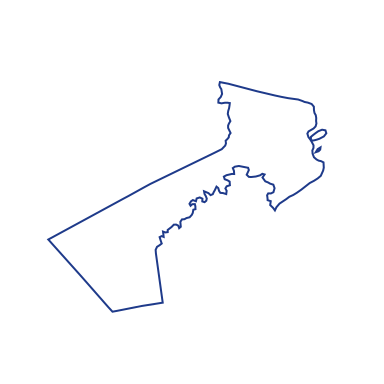 São Caetano de Odivelas, Pará, Brazil, rotated 60°
{"feature_id": "56859067B48440090110628", "entity_name": "São Caetano de Odivelas", "entity_type": "district", "adm_level": 2, "iso_a3": "BRA", "parent_name": "Brazil", "parent_adm1": "Pará", "projection": "albers", "projection_center": [-48.02, -0.863], "detail": "fine", "context": "isolated", "style": "outline", "palette": "blue", "viewbox_px": 384, "rotation_deg": 60, "n_neighbors": 0, "source": "geoboundaries", "source_scale": "gbopen_adm2", "svg_char_len": 2605}
<svg xmlns="http://www.w3.org/2000/svg" viewBox="0 0 384 384"><g transform="rotate(60 192 192)"><path d="M255.9,320.7L257.4,316.5L265.5,292.7L270.1,280.8L273.2,272.7L227.0,253.9L223.9,252.4L222.0,249.7L221.9,247.0L221.5,244.0L218.4,243.4L214.9,242.6L215.0,240.4L216.7,239.0L214.0,237.8L211.8,236.9L213.7,235.3L214.6,233.1L212.7,232.0L212.1,227.3L211.2,224.1L212.3,222.0L214.3,220.7L216.9,221.2L216.5,219.1L212.0,217.0L210.7,214.4L211.8,212.1L211.8,209.8L212.7,206.7L211.7,203.6L210.5,201.8L208.0,199.7L208.6,197.6L206.0,196.2L203.9,195.6L202.7,197.9L203.2,200.1L201.0,200.1L199.6,197.6L199.4,195.3L202.0,193.2L199.9,191.2L200.6,188.0L203.0,186.3L205.3,187.8L207.1,186.2L206.7,184.0L205.1,182.5L202.5,182.1L199.9,182.1L197.4,181.2L201.2,178.3L204.0,177.5L204.3,175.1L203.0,173.3L201.9,171.4L199.6,168.1L201.7,167.3L204.5,168.0L206.9,167.9L208.4,165.7L210.9,163.4L208.3,161.4L205.6,161.3L204.4,159.1L205.1,155.8L201.8,154.2L199.6,155.4L197.3,157.3L194.6,156.7L194.7,153.7L196.3,148.4L197.5,146.5L194.7,145.1L191.7,144.7L191.5,142.2L192.9,138.4L199.1,131.3L201.4,131.8L204.4,136.0L207.3,135.2L208.5,133.5L210.5,129.0L211.6,124.7L211.4,122.0L213.1,120.4L214.7,123.7L219.4,123.2L221.8,121.3L223.8,120.2L226.3,117.9L230.0,118.6L232.9,121.6L232.7,124.4L231.3,126.7L232.4,128.6L234.9,129.6L236.9,130.6L239.3,128.4L242.4,130.8L246.3,129.7L249.4,129.4L247.4,126.5L245.8,122.0L245.3,114.0L244.8,110.0L245.2,105.9L245.1,101.7L244.6,96.0L243.1,85.5L243.3,80.9L243.1,76.4L242.4,72.4L239.0,67.7L236.8,65.7L232.1,63.3L229.7,64.9L228.2,66.6L226.1,67.9L222.9,69.0L219.1,68.4L216.2,67.0L214.6,64.8L212.3,63.4L206.7,63.2L202.6,63.7L199.1,62.9L197.8,60.8L197.8,58.2L197.8,55.0L197.0,52.2L194.9,50.0L192.5,49.0L190.0,47.4L187.3,46.4L184.8,46.4L182.2,45.5L179.0,43.8L175.6,44.4L172.5,47.0L170.3,49.5L168.5,50.8L165.0,53.8L158.8,61.8L154.5,66.8L150.0,71.8L137.3,85.3L116.4,106.4L110.8,112.9L113.0,114.9L115.5,115.3L117.6,115.2L122.1,116.9L124.1,119.6L125.1,122.8L127.8,124.5L130.0,122.1L131.0,119.2L132.3,116.8L133.9,114.8L135.9,116.3L138.1,118.1L139.9,120.1L142.3,122.0L145.7,122.7L149.8,123.3L151.2,125.8L152.5,127.5L154.6,128.7L157.5,128.9L160.2,129.1L161.4,131.6L163.1,132.9L163.9,135.1L164.4,137.2L166.9,138.3L168.4,140.0L169.0,142.1L169.8,144.8L169.2,154.3L164.2,223.9L164.0,231.8L163.7,248.9L163.5,254.6L161.3,340.2L210.5,329.9L250.1,322.0L255.9,320.7ZM206.7,63.2L208.2,60.9L209.1,57.6L209.6,55.0L209.8,50.0L208.3,46.3L205.3,45.6L203.1,48.2L202.5,52.2L202.8,55.5L203.2,58.5L203.7,61.4L206.7,63.2ZM220.0,62.0L219.4,59.8L217.6,58.4L217.7,61.7L219.4,64.9L220.0,62.0Z" fill="none" stroke="#1e3a8a" stroke-width="2"/></g></svg>